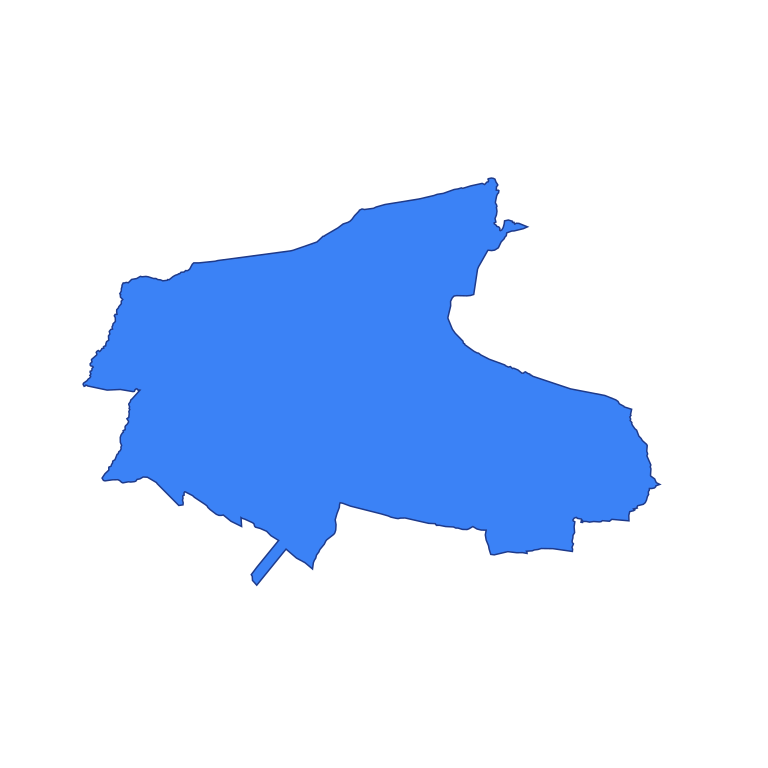 Ladesti, Vâlcea, Romania, rotated 14°
{"feature_id": "2599482B93203589904447", "entity_name": "Ladesti", "entity_type": "district", "adm_level": 2, "iso_a3": "ROU", "parent_name": "Romania", "parent_adm1": "Vâlcea", "projection": "natural_earth1", "projection_center": [24.033, 44.869], "detail": "fine", "context": "isolated", "style": "filled", "palette": "blue", "viewbox_px": 768, "rotation_deg": 14, "n_neighbors": 0, "source": "geoboundaries", "source_scale": "gbopen_adm2", "svg_char_len": 6137}
<svg xmlns="http://www.w3.org/2000/svg" viewBox="0 0 768 768"><g transform="rotate(14 384 384)"><path d="M528.8,523.5L532.3,523.1L544.7,516.7L553.6,515.6L559.2,514.1L563.8,513.8L563.3,512.4L562.7,511.8L568.2,510.0L570.1,508.6L573.5,507.3L576.3,505.6L587.8,502.9L607.3,500.9L607.0,498.7L605.9,496.9L606.5,493.3L605.1,492.3L604.5,490.9L604.5,487.8L604.0,485.1L604.9,482.1L603.0,476.5L602.5,471.5L600.8,471.1L600.2,470.2L600.8,468.4L601.9,467.4L603.1,466.9L604.1,467.6L608.1,467.3L609.8,468.7L608.5,468.9L608.6,470.5L610.2,470.3L610.3,469.2L613.7,468.4L616.8,468.3L620.7,466.7L626.3,465.7L628.0,465.0L628.9,463.8L636.0,462.6L637.8,460.2L654.8,457.5L653.3,452.2L653.3,448.4L656.9,446.5L657.6,445.7L657.0,445.7L656.2,444.9L659.7,443.1L659.3,442.7L659.5,440.8L664.7,438.0L666.2,435.9L666.8,433.1L666.8,429.5L667.5,427.1L666.9,426.0L666.6,424.3L667.1,423.0L666.8,421.2L669.2,420.6L671.6,419.4L672.5,417.9L672.5,417.0L675.9,414.7L672.7,414.0L671.6,413.3L669.6,410.6L665.1,408.8L664.7,408.2L663.5,401.7L662.4,400.0L662.5,398.0L656.6,390.3L656.4,389.6L656.7,388.8L656.6,387.8L655.2,385.7L654.3,380.1L653.5,379.1L648.4,376.4L646.6,374.6L643.9,372.9L640.3,367.7L638.2,366.7L634.9,363.8L633.9,362.4L633.8,361.4L631.7,359.9L631.8,358.3L630.5,356.6L631.2,354.7L630.6,354.1L630.4,348.6L622.6,348.1L622.2,347.6L617.1,346.3L615.3,344.3L612.7,343.3L601.1,341.7L566.2,343.6L526.3,340.5L524.9,339.8L523.8,339.9L523.1,339.1L521.1,339.0L518.3,338.0L517.3,338.7L516.8,339.7L515.1,340.1L510.7,338.0L506.1,337.3L504.9,337.9L502.4,336.5L500.6,337.5L497.3,336.8L496.7,336.3L480.0,334.5L471.0,332.4L468.3,331.2L466.7,331.3L463.4,330.5L452.9,326.3L452.5,325.5L451.2,325.2L450.2,323.3L440.8,317.5L437.0,314.2L430.2,304.9L429.9,303.9L429.8,292.1L428.6,287.7L429.4,283.9L430.7,281.7L433.0,280.7L443.1,278.4L446.5,277.2L449.4,275.4L447.0,250.0L447.4,247.3L452.3,229.7L452.6,229.0L456.2,228.5L459.0,227.3L462.0,224.2L463.3,217.8L465.6,213.7L465.5,212.8L466.8,210.5L466.5,207.7L470.9,204.7L473.2,204.0L481.6,199.6L485.2,196.8L476.1,195.5L473.4,196.0L472.2,197.2L471.7,196.9L471.1,195.7L469.6,196.1L469.2,195.0L465.0,194.8L461.5,196.5L461.9,199.6L461.8,203.3L461.0,206.1L459.7,207.1L459.1,206.8L458.8,205.1L458.1,204.3L457.2,203.8L455.4,203.8L454.3,202.7L452.2,201.9L451.9,201.0L453.4,199.8L451.7,196.6L452.2,192.8L451.8,189.0L450.3,185.3L450.6,184.3L449.8,182.9L448.4,181.5L448.1,180.7L447.8,174.2L448.2,172.0L448.9,170.8L448.7,168.6L448.1,168.3L446.1,168.8L445.4,165.3L446.2,164.0L446.2,163.2L443.7,160.8L442.1,158.4L440.4,158.0L438.3,158.2L435.7,159.5L435.3,160.0L436.2,161.3L436.3,162.5L434.9,163.3L433.4,166.1L430.7,165.6L420.2,170.8L413.1,175.1L411.6,175.0L408.6,176.8L405.0,178.3L395.4,184.7L389.7,187.1L386.9,189.0L373.2,196.0L341.5,209.6L333.5,214.2L331.4,216.0L322.9,219.4L320.3,219.5L318.1,221.3L317.8,222.5L314.8,227.7L313.0,232.1L311.7,234.2L309.9,235.9L305.6,238.6L301.5,243.7L290.7,254.2L290.4,254.9L289.1,255.4L284.6,262.4L263.5,276.2L261.2,277.4L192.9,304.4L190.5,305.7L175.0,311.3L170.1,312.5L169.0,314.2L167.7,319.4L166.6,321.0L165.6,321.7L164.1,321.9L162.8,323.8L160.0,324.7L159.1,326.4L158.0,326.8L157.3,327.7L155.3,328.9L153.3,330.8L150.3,334.8L148.8,335.0L148.6,335.8L144.4,337.4L142.0,337.0L139.2,337.4L137.3,336.8L134.8,337.4L129.4,337.0L127.0,337.2L123.3,338.5L121.6,338.5L118.5,341.5L113.8,343.6L111.4,347.6L109.3,347.8L107.4,348.9L106.5,349.0L105.9,351.5L106.2,353.0L106.1,355.0L106.6,357.4L105.8,360.4L106.9,361.1L106.7,361.8L107.3,363.5L110.1,365.2L109.0,367.2L109.7,369.6L108.0,373.1L107.8,374.6L106.7,376.6L107.1,378.6L108.1,381.0L106.3,381.5L105.8,383.1L107.2,384.6L108.2,388.3L106.5,391.2L106.7,392.6L106.3,394.4L107.3,396.4L105.8,397.1L104.7,399.4L105.9,401.8L105.0,404.0L106.3,408.1L104.6,410.0L104.4,412.0L104.7,414.4L103.5,414.9L102.8,415.9L103.4,417.0L101.7,417.9L101.5,419.0L100.3,421.3L98.6,420.6L97.4,422.0L97.1,423.0L98.1,424.3L98.2,425.3L94.3,430.9L94.4,431.6L95.3,433.1L94.0,435.4L94.4,436.8L94.9,437.3L97.1,437.4L97.8,438.0L96.9,439.5L97.2,441.0L97.0,442.0L95.8,442.7L96.0,443.8L97.2,445.1L96.5,446.9L97.4,447.4L97.6,447.9L96.9,449.6L95.9,450.6L95.0,452.7L92.3,455.8L92.1,456.6L92.2,457.3L93.6,458.8L94.8,457.9L95.0,457.2L96.3,457.2L96.7,457.6L116.8,456.9L129.5,453.1L142.3,452.1L143.6,451.5L143.8,449.7L144.4,449.4L144.7,448.5L146.0,448.6L147.0,449.6L147.7,449.1L148.7,449.0L143.2,459.3L142.2,460.7L142.1,462.7L141.2,465.0L141.3,465.6L142.7,467.8L142.6,469.5L143.5,470.1L143.1,472.6L143.9,474.2L144.4,478.1L142.9,479.9L145.0,481.8L145.3,482.8L144.6,485.1L143.3,487.1L143.1,488.2L143.9,490.9L142.1,492.4L142.8,493.8L142.0,494.8L141.2,497.1L141.0,499.6L142.3,504.4L144.3,507.1L144.0,508.9L144.6,510.5L144.2,512.5L143.1,513.8L142.9,516.0L142.0,516.9L141.3,522.5L139.5,524.4L139.7,526.7L139.1,527.8L139.1,529.7L137.1,531.3L137.8,534.1L135.0,538.5L133.2,543.5L135.1,545.4L136.7,545.5L143.6,542.7L149.1,541.2L151.0,541.7L153.2,542.9L154.6,543.1L159.7,540.7L162.0,540.4L165.5,539.1L166.7,538.3L167.5,536.3L170.1,535.1L172.8,532.5L177.0,531.7L187.1,534.7L187.9,535.5L214.3,551.5L218.2,549.9L217.9,547.9L216.5,545.2L216.7,543.9L215.9,541.6L216.1,540.7L216.9,540.3L216.3,537.8L216.6,536.9L217.1,536.7L225.3,538.6L227.4,539.8L239.5,544.1L241.8,545.1L243.0,546.4L245.8,548.0L252.8,551.0L255.6,551.4L257.8,550.9L259.8,550.0L268.7,554.2L280.3,556.7L277.6,548.2L279.1,548.7L281.5,548.8L290.1,550.4L291.7,551.2L292.8,553.2L293.9,554.0L298.8,554.1L305.8,555.3L310.9,558.5L319.6,561.3L305.0,592.4L301.3,601.1L302.7,602.5L303.9,606.4L309.2,610.0L328.9,567.9L341.2,574.1L350.6,576.5L359.4,580.8L358.7,574.5L359.1,571.8L359.9,569.5L359.9,566.3L361.4,562.8L361.8,560.2L364.8,553.9L365.5,550.5L366.1,549.1L371.6,542.1L372.3,540.4L372.5,537.4L371.5,532.1L369.5,527.6L369.7,521.3L370.5,514.6L370.0,511.5L370.2,509.8L372.9,509.7L380.9,510.6L412.5,510.7L420.1,511.0L422.9,511.5L428.2,511.4L430.3,511.2L432.2,510.2L436.9,508.9L461.1,508.4L467.6,507.1L468.2,508.0L469.3,508.0L469.4,508.4L471.9,507.7L478.3,507.4L486.1,505.9L488.4,506.4L490.7,505.9L495.3,506.1L499.8,505.1L501.3,504.1L504.7,500.8L509.3,502.2L513.6,502.2L518.5,501.1L518.8,505.9L520.9,510.7L524.5,515.6L525.9,518.7L528.8,523.5Z" fill="#3b82f6" stroke="#1e3a8a" stroke-width="1.5"/></g></svg>